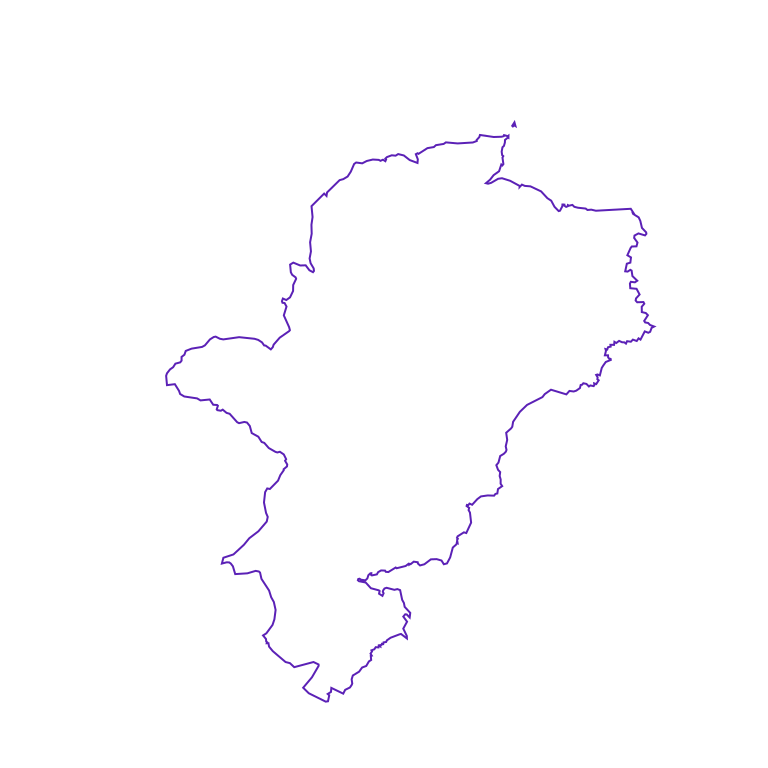 outline of Moyamba, Southern, Sierra Leone, rotated 128°
{"feature_id": "65957751B35726846399821", "entity_name": "Moyamba", "entity_type": "district", "adm_level": 2, "iso_a3": "SLE", "parent_name": "Sierra Leone", "parent_adm1": "Southern", "projection": "orthographic", "projection_center": [-12.482, 8.03], "detail": "fine", "context": "isolated", "style": "outline", "palette": "violet", "viewbox_px": 768, "rotation_deg": 128, "n_neighbors": 0, "source": "geoboundaries", "source_scale": "gbopen_adm2", "svg_char_len": 6135}
<svg xmlns="http://www.w3.org/2000/svg" viewBox="0 0 768 768"><g transform="rotate(128 384 384)"><path d="M123.1,273.4L120.1,269.8L116.5,271.3L114.9,276.8L112.8,278.0L108.7,276.2L106.2,269.8L104.1,269.7L103.1,270.8L102.2,276.8L97.7,282.4L95.9,285.9L96.6,292.3L96.2,293.1L95.7,292.5L94.0,297.4L117.0,323.7L119.0,328.0L121.6,330.8L121.6,333.1L125.7,339.7L127.2,343.1L126.9,345.8L129.5,347.9L129.8,349.2L130.7,348.6L132.3,349.5L132.4,351.8L131.6,352.3L132.2,353.3L132.7,353.9L134.1,352.9L139.1,352.0L140.2,352.8L139.4,358.7L136.6,365.1L137.0,369.6L135.5,378.8L138.1,390.3L141.2,395.0L142.0,398.1L145.3,398.4L144.4,399.0L146.2,409.7L149.2,417.7L152.0,420.4L159.5,423.4L162.1,425.3L163.0,427.3L157.7,426.2L151.9,426.2L145.5,424.3L138.8,426.7L138.9,425.3L137.2,425.3L132.7,430.0L131.0,430.3L130.9,431.8L128.5,434.3L124.5,436.4L122.5,436.1L119.3,437.4L117.2,438.9L113.5,438.1L113.4,437.5L111.7,438.8L112.5,439.0L114.0,442.6L114.9,442.2L116.7,443.5L121.8,449.6L128.7,461.7L130.7,460.9L134.7,461.2L135.4,460.5L139.0,462.7L149.1,474.1L155.5,484.0L158.1,484.8L163.8,490.1L166.6,490.6L171.4,495.0L181.4,498.5L181.5,499.6L183.3,500.4L186.1,495.7L189.2,493.7L191.7,501.6L191.7,509.1L194.1,514.4L196.9,515.4L199.0,518.7L203.4,521.4L205.5,521.7L205.7,520.6L207.6,520.1L207.9,522.9L210.3,524.2L210.6,526.1L214.0,531.0L218.9,534.9L223.5,537.0L226.6,542.3L229.0,543.0L237.1,540.9L242.9,540.4L247.6,542.2L250.7,544.5L268.1,546.8L271.2,545.1L270.8,548.4L288.5,550.6L296.4,543.1L303.2,539.2L310.1,533.5L317.8,529.5L324.5,523.2L330.9,519.9L334.0,516.2L336.2,510.6L338.0,508.8L339.6,508.8L340.3,512.8L338.7,518.8L342.2,523.0L344.2,530.2L347.7,531.5L353.3,526.2L354.5,523.6L354.4,519.3L355.2,518.0L361.9,516.5L366.7,512.9L373.6,511.4L378.0,512.7L378.9,516.3L381.6,515.4L382.5,514.0L381.4,512.2L383.0,508.5L391.6,505.2L397.6,493.8L399.5,491.3L400.7,491.3L411.7,494.7L420.9,495.2L423.5,494.3L426.4,494.5L426.6,500.9L427.4,502.2L426.3,505.8L426.7,510.3L428.1,513.9L436.3,527.0L447.8,538.1L449.4,541.2L450.3,545.8L451.8,547.1L456.0,548.6L463.8,548.9L466.8,550.2L474.6,557.4L480.0,560.6L483.8,559.3L487.3,560.2L490.2,557.9L492.4,557.9L496.4,560.9L500.6,560.5L504.2,561.6L509.2,561.6L511.7,560.7L518.5,554.3L512.9,548.7L515.6,541.3L517.4,538.5L516.8,533.7L510.4,522.4L509.9,518.5L503.5,511.8L505.5,505.8L503.3,502.6L503.4,501.5L507.0,500.2L507.2,499.2L505.5,496.1L503.5,495.3L503.7,490.3L502.5,487.3L504.5,476.2L504.1,474.1L499.9,470.7L498.7,468.2L499.7,463.9L504.1,458.0L502.9,450.6L505.0,444.7L504.1,442.1L505.4,435.4L504.3,427.7L503.6,425.9L501.5,424.3L501.2,419.6L503.5,414.8L505.4,414.7L507.0,410.7L508.7,409.7L513.0,410.6L513.7,409.9L519.6,409.6L525.4,408.0L537.0,409.3L538.2,411.7L542.4,411.1L551.3,405.6L558.2,397.6L560.3,393.8L564.6,391.7L577.4,392.3L588.5,395.2L596.9,395.4L611.0,397.7L619.8,403.6L625.3,401.2L621.5,398.3L619.9,396.2L619.8,394.2L620.7,390.8L625.4,384.2L617.3,375.1L610.3,370.1L608.8,367.2L608.9,365.6L613.0,360.6L617.5,347.4L621.5,341.6L623.6,336.6L628.8,330.3L636.9,325.5L642.5,323.5L652.9,323.2L656.6,324.5L657.6,320.0L659.4,318.3L659.4,317.2L660.5,316.8L659.4,315.5L661.7,312.9L663.0,307.1L663.7,290.4L661.9,286.3L662.4,280.4L646.5,268.4L645.3,262.9L646.3,262.0L659.5,260.2L673.1,260.7L674.0,252.9L670.2,234.4L668.5,232.8L663.0,235.5L662.9,237.5L659.3,236.2L655.9,238.4L653.1,225.5L648.9,226.3L644.1,224.0L641.1,224.2L639.6,224.6L636.6,227.7L632.9,229.1L626.0,226.5L620.9,226.7L617.1,224.4L611.9,225.1L609.4,224.2L606.4,227.0L605.6,226.4L604.8,228.6L602.1,228.8L601.6,229.9L599.0,228.3L596.5,228.5L595.0,226.2L593.4,227.1L593.1,225.3L592.2,226.3L591.1,225.3L590.0,225.7L589.4,224.5L587.9,225.3L586.0,223.5L584.2,223.9L579.9,222.6L571.8,217.7L570.5,216.7L570.4,209.3L568.5,210.9L564.9,218.2L557.1,219.5L555.4,225.6L552.4,225.5L551.6,224.2L552.2,220.0L548.2,222.4L546.9,230.5L544.3,233.5L542.9,236.8L536.5,244.4L537.4,247.2L539.8,249.1L543.0,256.5L544.8,257.7L547.1,257.6L548.5,257.0L549.1,255.5L551.9,254.8L552.3,258.8L549.8,260.0L549.8,261.1L553.0,268.6L551.7,276.2L554.8,282.3L554.7,283.8L553.5,284.2L552.5,283.4L552.4,281.7L550.2,277.8L547.5,277.4L544.3,278.6L541.6,278.2L540.9,277.5L542.4,276.5L542.3,275.7L538.4,272.4L535.9,272.8L532.7,271.5L530.4,268.3L530.9,267.0L529.5,264.8L521.4,261.8L521.4,260.6L514.1,254.9L510.7,254.0L511.1,253.0L509.8,252.9L509.6,252.1L505.7,251.2L503.7,247.7L504.6,246.7L504.8,243.9L501.2,241.2L493.3,239.1L489.6,234.7L487.7,230.0L489.2,225.9L486.6,223.9L479.9,225.1L470.5,229.1L465.7,228.2L464.1,229.0L464.0,228.1L461.9,230.4L460.5,230.5L460.3,231.8L458.7,232.2L451.7,229.7L450.8,227.4L439.6,230.0L432.4,237.1L431.3,239.7L429.2,240.6L429.3,243.8L428.2,244.2L427.6,243.0L425.6,243.0L424.9,240.2L417.3,239.6L412.9,238.4L408.0,233.7L404.2,228.5L402.0,228.5L400.5,227.3L396.6,229.5L391.7,228.0L390.8,230.7L387.4,233.3L385.3,236.2L381.9,238.2L381.4,241.3L378.8,245.5L375.5,245.4L369.2,248.1L365.2,246.6L362.3,246.3L360.5,246.9L358.2,249.7L352.2,252.5L347.2,257.7L340.7,256.5L338.7,256.6L334.3,259.0L322.3,259.8L312.4,258.4L296.8,251.1L293.0,251.1L285.7,248.9L279.9,233.9L275.3,233.6L273.1,229.9L270.9,228.4L266.6,227.1L263.7,228.4L262.5,227.4L260.7,227.4L259.3,224.5L259.8,221.0L258.1,220.5L256.6,217.5L255.5,217.5L254.1,218.8L253.4,216.7L248.9,217.1L248.9,218.8L247.2,219.8L246.2,222.4L245.1,221.7L244.3,219.2L237.3,222.3L234.5,222.6L230.1,222.8L225.4,220.1L224.7,220.9L225.4,222.4L225.0,223.8L223.5,225.1L225.4,227.6L221.2,229.5L220.1,231.0L219.4,229.3L217.1,230.1L215.0,228.4L213.7,229.7L211.5,226.8L208.9,228.4L208.7,226.2L205.3,225.3L204.5,222.0L203.2,220.3L203.2,218.2L200.6,218.8L198.7,215.5L195.8,215.2L194.5,211.3L191.3,211.5L191.1,209.2L182.0,210.9L180.9,207.3L179.0,206.4L175.0,207.7L172.4,206.5L173.7,210.7L173.3,213.4L174.7,216.1L174.1,217.8L167.3,218.4L166.9,221.4L168.6,225.1L164.4,228.5L160.5,228.3L159.7,230.0L163.7,234.8L163.3,237.1L161.4,238.1L156.1,237.7L153.5,243.6L156.9,248.9L153.5,252.0L151.5,252.4L149.4,248.9L146.7,248.0L146.0,254.7L142.2,258.7L142.4,260.2L145.4,261.2L146.7,263.3L139.7,266.7L136.7,264.6L132.2,267.3L132.7,271.5L125.0,273.4L123.1,273.4ZM100.0,440.7L99.8,439.2L97.5,442.3L101.6,441.9L101.7,441.0L100.0,440.7Z" fill="none" stroke="#5b21b6" stroke-width="2"/></g></svg>